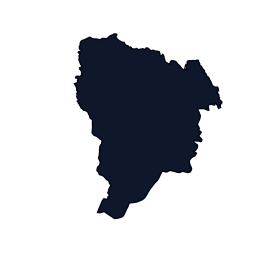 Aiuaba, Ceará, Brazil (Equal Earth projection), rotated 293°
{"feature_id": "56859067B38072225425515", "entity_name": "Aiuaba", "entity_type": "district", "adm_level": 2, "iso_a3": "BRA", "parent_name": "Brazil", "parent_adm1": "Ceará", "projection": "equal_earth", "projection_center": [-40.267, -6.585], "detail": "fine", "context": "isolated", "style": "filled", "palette": "ink", "viewbox_px": 256, "rotation_deg": 293, "n_neighbors": 0, "source": "geoboundaries", "source_scale": "gbopen_adm2", "svg_char_len": 5561}
<svg xmlns="http://www.w3.org/2000/svg" viewBox="0 0 256 256"><g transform="rotate(293 128 128)"><path d="M127.0,199.1L128.5,200.3L130.6,200.7L131.5,200.8L131.7,197.7L132.3,197.1L133.3,198.7L136.7,199.5L138.7,198.9L139.7,198.0L139.8,196.8L140.2,195.3L140.6,194.5L141.3,193.7L142.4,193.8L143.0,196.6L143.6,197.6L143.9,200.3L144.5,200.7L145.8,200.7L146.7,199.5L147.7,197.2L148.3,196.4L149.3,196.3L152.4,197.0L152.9,196.5L153.1,195.3L154.1,193.6L155.5,193.8L156.9,192.2L157.8,190.8L159.1,190.3L162.9,190.4L165.3,190.3L167.5,189.7L168.8,188.6L172.3,184.9L173.3,185.1L175.2,189.4L175.6,190.7L175.7,191.7L175.6,194.2L175.9,195.3L177.1,194.7L177.8,194.2L178.7,193.8L180.3,193.0L181.1,193.4L181.8,194.2L182.4,195.3L182.9,198.6L184.1,198.4L185.0,199.5L184.2,200.2L184.5,201.4L183.8,201.7L182.2,202.8L181.6,203.9L182.5,204.0L183.0,205.1L183.7,204.4L184.9,204.1L186.1,203.9L187.6,204.5L188.5,204.1L189.1,203.5L189.4,201.9L190.1,200.9L190.7,199.9L191.6,200.2L192.1,199.4L192.8,199.2L193.8,198.7L194.6,197.4L195.6,196.3L196.3,195.7L197.0,195.7L197.6,196.7L198.6,196.0L199.8,195.5L200.5,194.3L199.8,192.8L199.4,191.6L199.8,190.4L199.8,189.0L200.5,188.4L201.1,187.9L201.9,187.1L202.9,186.1L203.5,185.4L203.9,184.7L204.5,184.0L205.1,183.5L205.7,182.7L206.2,182.0L206.3,181.0L206.6,180.2L207.3,179.5L208.1,178.7L208.7,177.9L208.8,176.5L209.8,176.3L210.5,176.0L211.1,175.0L211.4,174.2L212.0,172.9L212.8,172.1L213.3,171.6L213.3,170.5L214.0,169.3L215.0,168.9L215.9,168.0L216.7,166.7L217.5,166.5L217.6,165.6L217.1,164.7L216.4,164.3L215.9,163.3L215.5,161.5L214.7,160.4L213.8,158.2L213.0,156.9L211.8,156.7L210.6,157.6L209.7,157.7L209.2,156.6L207.1,156.6L206.5,158.1L205.1,159.7L204.1,158.9L204.8,157.2L204.1,157.5L203.4,157.1L203.4,155.7L203.6,154.7L204.4,152.8L205.0,152.1L205.6,150.9L206.0,149.2L207.5,146.6L207.8,145.1L207.5,143.7L207.1,142.1L206.1,141.4L205.4,141.2L204.7,141.4L203.3,141.3L202.8,140.3L203.4,136.6L204.2,135.7L205.1,135.1L206.7,133.6L207.7,133.1L208.8,132.1L209.2,131.2L208.3,130.9L207.3,130.7L207.0,129.7L207.6,129.0L208.3,128.6L209.3,127.9L210.3,127.0L210.1,125.7L210.0,124.7L209.3,122.9L209.4,120.8L208.3,119.5L208.1,118.6L208.5,116.9L209.1,115.8L209.1,114.1L208.5,113.4L206.9,113.1L206.6,110.5L205.8,109.5L205.0,108.1L204.2,107.4L204.2,106.2L204.5,104.9L203.6,103.9L202.9,102.7L202.7,101.4L202.5,100.5L203.2,99.6L203.5,98.7L203.0,98.0L202.8,96.9L203.6,95.8L203.3,94.3L203.6,92.9L204.4,91.8L205.2,90.9L204.7,89.6L204.5,88.5L204.9,87.0L204.6,86.1L205.1,85.2L205.3,84.2L205.9,82.9L206.6,81.7L207.6,80.9L208.5,81.3L209.8,81.0L209.5,79.3L208.6,78.0L207.7,77.6L207.1,76.9L206.4,76.1L205.4,75.4L204.3,74.7L203.0,74.4L202.0,73.5L201.4,72.4L200.9,70.7L200.5,69.6L200.0,69.1L199.2,68.8L198.4,67.8L198.0,66.5L197.7,65.2L197.4,63.9L196.9,62.6L196.2,60.6L196.4,59.3L196.6,58.1L196.3,57.0L195.3,56.2L194.6,55.6L193.7,54.8L193.0,54.2L192.3,53.5L191.5,52.8L190.8,51.8L190.0,51.3L188.9,50.9L187.8,50.9L186.7,51.2L185.8,51.8L184.8,51.5L183.7,51.5L183.1,52.1L182.2,52.2L181.6,53.2L181.5,54.5L180.7,54.9L179.6,54.3L179.2,52.9L178.2,52.7L177.8,53.7L177.2,55.1L176.1,54.8L175.2,54.8L174.3,55.4L173.6,55.8L172.8,56.1L172.1,56.0L171.4,56.4L170.8,57.2L169.9,58.0L168.9,58.8L168.1,59.7L167.7,60.5L166.4,61.4L165.3,61.1L164.5,60.0L163.5,60.4L163.1,61.4L162.4,62.6L161.5,63.6L160.3,63.8L159.4,64.2L158.9,65.2L158.0,65.2L157.4,63.9L156.4,63.7L156.2,62.7L156.1,61.6L155.4,60.5L154.6,60.0L153.7,60.4L154.2,61.8L153.3,63.1L152.3,63.0L151.5,63.2L150.5,63.8L149.7,63.4L148.8,62.5L147.8,61.5L147.1,62.5L146.5,63.5L145.8,64.2L145.0,65.0L144.2,65.5L143.4,65.9L142.6,66.2L142.2,67.0L142.0,68.5L141.0,67.6L139.9,67.4L139.0,68.0L138.0,68.5L137.1,68.5L135.9,69.4L135.2,70.4L134.6,72.1L133.8,71.6L132.9,70.9L132.4,72.0L131.4,72.8L130.9,73.9L130.0,74.7L129.6,75.7L128.8,76.3L128.2,77.2L127.8,78.8L127.1,80.1L127.5,81.7L127.4,83.3L127.1,84.6L126.4,85.6L125.4,86.3L125.0,87.2L123.8,88.2L122.7,89.0L122.1,90.2L122.0,91.6L121.2,92.4L120.1,92.9L119.1,93.2L117.7,93.8L117.0,94.2L115.9,94.7L115.0,95.1L114.2,95.4L113.5,95.7L112.3,96.0L111.4,96.3L110.3,96.6L109.3,97.2L108.8,98.2L108.2,99.4L108.1,100.7L108.2,102.0L108.1,103.2L107.8,104.1L107.5,105.2L107.0,106.4L106.9,108.2L105.9,109.3L104.9,109.5L104.2,109.7L103.3,109.9L102.0,109.6L100.8,109.4L99.8,109.5L99.0,109.7L97.6,110.4L96.4,110.4L95.7,111.0L94.8,111.3L93.7,111.6L92.9,111.8L91.8,112.3L90.8,112.4L89.5,112.5L88.6,112.9L87.5,114.1L86.0,115.7L85.1,116.3L84.0,116.2L82.9,116.6L82.1,116.3L81.4,116.0L80.7,115.6L80.0,115.4L78.9,115.6L77.7,115.8L76.9,116.0L76.3,116.8L76.0,118.0L75.3,118.8L74.5,119.2L74.0,120.5L74.3,121.7L74.3,122.8L74.2,124.2L73.6,125.8L72.9,127.0L72.3,128.2L72.1,129.8L71.9,130.9L71.2,131.7L70.0,132.5L69.5,133.4L68.9,134.1L68.7,135.4L67.4,134.6L66.1,134.4L65.0,134.3L62.9,134.6L61.6,134.9L60.5,134.8L59.9,135.4L59.6,136.4L59.1,137.1L58.3,137.2L57.6,136.9L56.9,136.6L56.0,136.7L55.2,137.1L54.2,137.2L53.6,134.5L53.2,133.3L50.6,132.9L43.1,132.9L38.4,133.0L39.0,134.9L39.4,135.7L41.9,138.7L41.6,139.9L39.5,151.0L40.9,153.5L42.9,156.2L44.7,157.7L47.1,158.1L53.2,158.3L55.7,158.6L57.1,158.4L59.2,158.4L60.4,159.9L61.8,162.5L63.5,165.1L66.7,168.3L67.4,168.9L69.0,170.0L70.9,170.7L71.7,170.7L73.3,171.2L76.4,171.4L79.9,172.0L81.0,172.2L83.5,172.9L87.4,173.9L91.4,175.4L93.7,175.8L97.4,175.9L101.2,176.2L101.9,176.8L102.4,180.1L103.2,181.3L104.8,182.5L105.3,183.2L105.7,184.3L106.0,186.0L106.7,191.2L107.2,192.8L108.1,193.7L109.6,195.2L110.4,200.3L111.2,201.6L112.0,202.3L113.1,202.6L114.7,202.5L115.7,202.2L118.8,198.9L121.0,197.5L122.5,197.1L124.2,197.6L126.0,198.2L127.0,199.1Z" fill="#0f172a" stroke="#020617" stroke-width="1.5"/></g></svg>